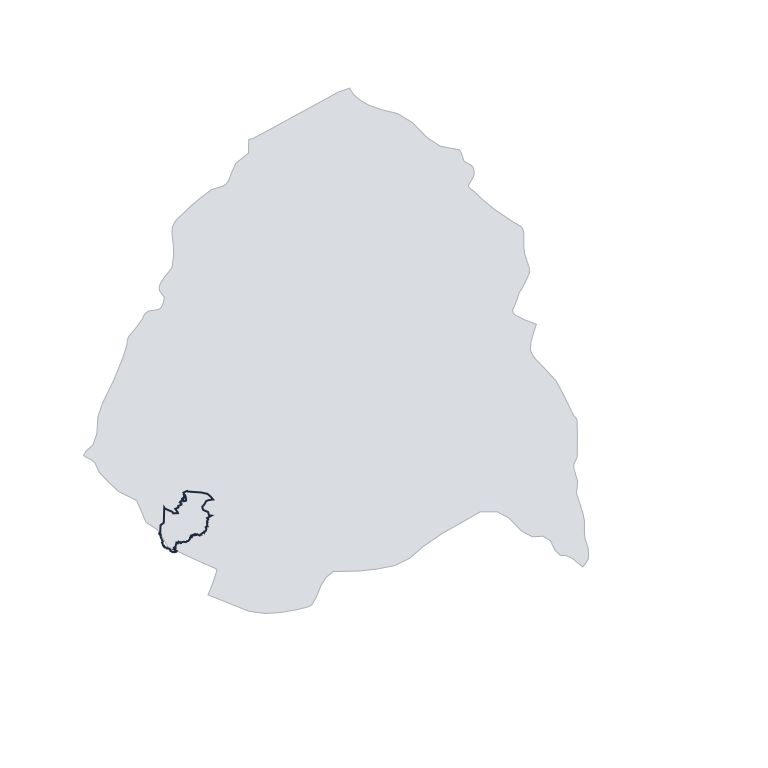 Centenary/ Muzarabani, Mashonaland Central, Zimbabwe shown in context, rotated 202°
{"feature_id": "62879985B33993196799610", "entity_name": "Centenary/ Muzarabani", "entity_type": "district", "adm_level": 2, "iso_a3": "ZWE", "parent_name": "Zimbabwe", "parent_adm1": "Mashonaland Central", "projection": "natural_earth1", "projection_center": [31.038, -16.418], "detail": "medium", "context": "in_parent", "style": "outline", "palette": "slate", "viewbox_px": 768, "rotation_deg": 202, "n_neighbors": 0, "source": "geoboundaries", "source_scale": "gbopen_adm2", "svg_char_len": 3996}
<svg xmlns="http://www.w3.org/2000/svg" viewBox="0 0 768 768"><g transform="rotate(202 384 384)"><path d="M526.6,645.5L520.7,641.0L512.6,638.2L502.4,636.8L489.1,637.4L472.7,639.8L455.2,636.9L436.4,628.6L420.9,625.6L402.3,629.2L401.5,629.3L398.3,626.5L393.2,620.5L384.7,619.4L382.4,618.0L380.5,615.7L379.2,612.9L378.7,609.7L380.1,599.7L379.3,598.6L377.0,597.4L372.4,596.2L361.2,591.7L347.1,587.3L324.3,582.5L315.4,581.2L313.4,579.8L310.8,576.1L306.3,564.7L302.2,557.1L292.3,545.5L290.7,541.8L291.1,532.6L291.8,525.1L292.9,518.8L292.3,512.8L292.2,505.5L292.4,500.5L291.1,498.4L287.5,496.9L277.4,496.2L265.1,496.5L264.6,489.0L263.4,477.4L261.1,470.7L258.2,467.3L252.5,463.7L241.1,458.7L225.4,451.2L212.0,440.0L196.7,426.1L191.9,423.7L186.2,410.7L177.4,388.4L177.9,381.0L176.6,377.3L168.1,366.4L166.2,360.7L164.7,354.9L151.3,338.9L146.7,331.9L143.2,322.9L139.7,315.7L136.8,312.8L133.0,307.9L130.3,302.3L129.0,298.2L130.0,292.6L131.2,288.8L143.9,292.8L150.9,293.1L156.2,291.1L163.0,293.8L171.0,301.0L179.7,302.4L189.1,297.9L201.8,299.3L217.9,306.5L231.1,307.9L246.9,301.5L260.9,283.7L274.1,267.0L287.0,247.7L294.8,232.1L306.3,219.4L321.5,209.6L336.9,201.3L360.6,191.2L360.6,191.3L365.3,182.9L366.9,173.8L366.9,161.1L368.1,152.9L370.5,149.2L374.5,146.3L379.6,142.5L395.1,132.9L408.3,126.7L424.2,122.7L441.7,122.6L458.5,122.6L468.1,122.5L468.2,134.7L469.0,148.4L470.8,149.8L483.5,150.1L503.8,151.0L523.3,152.0L535.8,161.9L540.0,164.0L553.0,166.7L569.6,183.3L589.5,184.8L603.2,190.0L615.3,195.7L622.3,202.5L626.8,204.0L632.8,204.5L635.8,205.2L635.1,210.1L631.1,218.4L631.6,230.3L637.1,246.9L637.8,261.2L636.0,286.6L636.0,311.1L636.6,319.9L637.5,325.7L638.6,328.9L638.4,332.5L635.1,342.8L632.4,353.7L632.3,358.0L631.2,361.1L629.2,363.8L620.6,368.8L619.1,371.9L619.1,377.5L620.2,382.2L623.4,384.0L627.3,386.6L628.9,390.2L628.9,393.9L627.6,400.8L624.1,412.2L627.5,425.3L631.4,433.8L636.7,443.6L639.0,449.7L638.8,454.1L638.0,458.3L629.9,476.3L624.1,487.4L617.0,499.4L607.6,506.9L605.2,510.5L604.2,514.6L604.5,523.6L604.1,533.0L596.1,547.4L601.0,559.9L599.9,561.0L597.2,562.8L585.6,576.8L574.0,590.9L565.5,601.3L555.8,613.0L545.0,626.2L535.8,637.5L526.6,645.5Z" fill="#d9dde1" stroke="#a8b0b8" stroke-width="1"/><path d="M538.3,169.4L535.7,162.0L536.4,161.7L536.4,161.0L535.7,160.4L535.0,161.0L534.4,160.6L533.9,158.6L532.3,157.3L531.2,155.8L530.1,155.3L530.0,154.6L530.4,153.7L529.4,153.1L528.9,152.0L527.5,150.9L527.1,151.5L525.9,150.3L524.2,150.9L523.5,150.2L522.6,150.7L520.1,150.5L519.7,149.3L517.7,149.3L517.3,148.9L514.8,149.8L513.6,150.8L513.6,151.4L515.4,150.9L515.1,151.8L515.4,152.3L516.9,152.1L515.8,153.9L516.2,154.2L516.9,153.4L517.4,153.7L516.4,154.9L517.0,159.2L515.5,159.1L515.5,160.8L513.4,160.3L513.3,161.0L512.4,160.8L512.2,161.6L510.5,162.8L508.5,163.1L507.8,164.4L506.6,165.2L505.9,167.7L506.3,168.9L505.4,169.5L505.9,169.8L505.9,170.3L504.8,170.6L504.7,172.0L505.2,172.0L504.3,172.8L504.2,172.3L503.2,173.2L503.0,172.8L502.6,173.0L502.7,173.9L501.9,173.8L502.0,174.2L501.1,174.2L500.9,174.7L498.1,174.5L497.8,175.5L497.2,175.7L497.5,175.7L497.4,176.1L497.0,176.1L497.2,176.5L496.7,177.5L495.4,179.3L495.1,179.1L495.2,179.6L494.9,179.5L494.3,180.9L494.3,183.0L495.6,184.3L495.1,184.7L495.1,185.7L494.6,185.9L495.1,186.2L494.9,186.9L495.8,188.4L495.7,189.5L496.1,190.0L496.4,189.8L496.7,190.7L496.3,192.8L497.8,193.4L494.7,197.3L497.0,196.7L499.2,199.4L504.3,199.5L505.7,200.8L506.5,202.4L505.5,204.8L505.0,208.8L503.6,210.3L499.2,212.9L502.4,214.6L506.5,216.0L512.6,215.0L525.6,210.8L526.5,211.1L529.2,208.2L528.6,207.7L528.3,206.5L527.4,206.3L527.4,205.9L526.7,206.3L526.4,205.8L526.9,204.6L525.9,205.1L525.7,204.2L525.3,204.5L525.0,203.7L524.4,203.3L524.5,202.9L523.8,201.8L523.8,201.6L526.1,200.2L527.5,202.7L528.3,201.9L527.3,200.4L528.6,199.0L529.0,197.8L527.0,197.2L526.6,196.3L529.2,193.6L528.4,192.4L530.8,190.0L527.5,188.0L526.7,187.1L531.0,185.1L532.4,186.2L538.1,186.3L540.6,186.6L541.5,187.2L536.2,172.9L538.3,169.4Z" fill="none" stroke="#1e293b" stroke-width="2"/></g></svg>